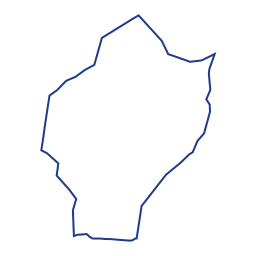 the district of Bayandelger, Sühbaatar, Mongolia
{"feature_id": "93677404B18322501666911", "entity_name": "Bayandelger", "entity_type": "district", "adm_level": 2, "iso_a3": "MNG", "parent_name": "Mongolia", "parent_adm1": "Sühbaatar", "projection": "orthographic", "projection_center": [112.368, 45.634], "detail": "fine", "context": "isolated", "style": "outline", "palette": "blue", "viewbox_px": 256, "rotation_deg": 0, "n_neighbors": 0, "source": "geoboundaries", "source_scale": "gbopen_adm2", "svg_char_len": 757}
<svg xmlns="http://www.w3.org/2000/svg" viewBox="0 0 256 256"><path d="M214.7,54.0L201.6,60.4L190.2,61.8L168.2,54.1L161.8,40.9L138.6,15.4L134.6,17.7L132.6,18.9L101.9,37.9L94.3,64.9L85.4,69.6L75.4,76.9L66.2,80.8L57.1,90.1L49.5,95.6L44.6,127.5L44.3,130.2L43.3,137.5L41.3,150.3L47.0,153.2L58.3,163.4L56.7,175.6L69.3,189.7L76.2,199.0L72.9,210.2L73.9,236.0L77.3,234.8L86.8,234.1L89.6,236.8L92.6,238.5L101.8,238.6L104.5,239.0L110.8,239.1L116.4,239.6L122.8,240.1L129.5,240.6L132.2,240.4L135.3,238.6L136.6,237.9L136.7,238.0L141.6,206.0L166.1,174.6L180.6,162.7L189.3,154.3L192.7,152.3L194.6,147.7L197.5,140.9L204.1,133.3L210.0,111.8L209.7,104.6L206.3,99.3L210.3,90.0L209.6,82.1L208.8,73.3L209.5,68.6L214.7,54.0Z" fill="none" stroke="#1e3a8a" stroke-width="2"/></svg>